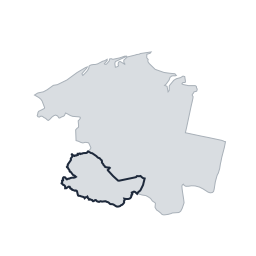 where Haut-Ogooué sits in Gabon, rotated 102°
{"feature_id": "GAB-2627", "entity_name": "Haut-Ogooué", "entity_type": "Province", "adm_level": 1, "iso_a3": "GAB", "parent_name": "Gabon", "parent_adm1": "", "projection": "natural_earth1", "projection_center": [13.705, -1.23], "detail": "fine", "context": "in_parent", "style": "outline", "palette": "slate", "viewbox_px": 256, "rotation_deg": 102, "n_neighbors": 0, "source": "natural_earth", "source_scale": "10m", "svg_char_len": 7489}
<svg xmlns="http://www.w3.org/2000/svg" viewBox="0 0 256 256"><g transform="rotate(102 128 128)"><path d="M174.3,34.1L174.1,36.3L172.0,41.8L170.9,45.9L170.7,50.4L171.3,53.9L172.3,56.5L173.0,59.3L172.5,61.2L171.4,62.0L172.2,63.0L173.7,63.2L176.4,62.4L180.5,60.9L186.0,58.8L189.5,57.6L195.4,58.3L198.5,59.2L200.1,60.7L201.9,67.0L202.7,68.0L204.1,70.7L205.3,74.0L205.6,75.6L205.4,76.8L204.2,78.6L202.9,81.2L202.4,82.7L201.3,83.9L199.9,85.1L196.0,85.5L195.4,86.2L194.3,89.0L192.2,91.3L191.3,93.5L190.4,96.4L190.6,100.1L190.2,105.3L189.7,108.9L190.8,110.1L195.5,111.0L196.4,111.7L197.6,113.9L199.2,116.0L203.5,117.3L205.2,118.9L206.5,120.6L206.7,122.0L205.7,127.7L204.8,133.2L205.2,137.4L205.5,141.4L206.0,147.2L205.8,150.7L204.6,152.9L204.6,154.6L205.1,156.6L204.1,162.2L203.4,163.2L201.5,164.2L200.4,165.8L200.1,168.1L199.1,171.4L198.0,172.6L198.0,174.1L199.0,175.2L199.0,176.9L197.1,178.9L196.0,180.5L193.4,181.2L190.5,180.4L189.8,179.3L190.5,177.6L190.2,176.2L189.2,174.7L187.7,170.9L186.3,170.1L185.5,171.6L183.1,174.5L178.9,178.2L176.0,178.5L170.6,177.4L166.0,175.6L163.9,171.3L162.5,167.7L160.6,163.6L158.4,161.6L156.1,160.3L155.0,160.2L151.7,162.6L150.7,163.5L150.7,165.4L151.0,167.2L151.6,168.1L152.0,169.3L151.9,171.1L151.3,173.5L151.1,176.2L140.7,178.8L138.9,177.8L137.6,176.6L136.0,176.8L131.4,178.2L129.8,177.2L128.1,176.6L127.4,177.1L127.3,178.3L128.1,184.5L127.8,186.9L126.8,190.1L126.3,192.2L129.1,192.8L130.1,193.8L131.0,195.3L132.4,196.8L132.5,197.7L130.9,199.3L130.4,201.4L131.2,202.9L133.0,204.6L135.8,206.3L137.1,207.4L137.0,208.4L135.7,210.6L135.2,212.5L134.4,214.1L134.5,215.7L135.8,217.1L135.7,218.4L134.8,219.4L133.1,219.2L131.7,219.3L130.3,218.9L126.3,213.9L125.4,213.8L119.5,217.6L118.0,219.2L116.8,221.4L115.2,226.3L112.5,223.5L110.2,218.3L107.5,215.1L101.8,209.9L100.3,206.1L93.8,197.8L84.4,189.4L77.7,182.1L76.7,180.5L77.8,180.7L84.3,184.3L85.2,183.9L86.0,183.1L83.1,181.2L80.5,179.7L77.9,178.8L75.4,178.9L74.0,177.3L73.1,175.0L72.6,173.0L71.5,170.9L67.9,166.6L67.1,164.9L65.1,162.7L66.3,162.4L70.1,164.5L70.5,163.7L70.1,162.4L66.3,160.3L64.2,160.2L63.7,158.7L64.0,157.1L61.2,150.8L58.4,146.1L57.9,143.9L65.6,154.1L66.7,154.3L68.0,154.2L71.2,153.0L70.6,151.7L69.2,150.2L67.8,150.9L66.0,151.0L65.0,150.4L64.6,149.3L66.4,144.4L65.6,144.6L65.0,145.5L64.0,145.9L62.5,146.2L58.7,143.5L55.3,136.4L54.4,134.9L53.5,132.4L52.6,131.4L48.8,121.2L50.3,121.9L52.0,124.9L55.4,124.3L56.8,122.5L57.9,122.6L59.1,122.2L60.6,120.6L65.0,113.6L66.2,104.3L65.8,98.8L65.2,93.4L66.6,91.6L67.2,92.8L67.5,94.7L68.1,96.1L69.7,97.4L72.6,97.8L77.1,99.8L78.7,101.1L79.1,98.5L84.3,96.3L82.7,95.5L78.1,96.4L71.8,93.1L69.8,91.0L67.8,87.1L65.8,85.0L65.9,83.2L70.4,81.5L71.6,81.6L72.1,83.7L73.3,84.5L73.8,84.2L74.0,82.5L74.0,77.8L72.6,71.1L73.1,69.8L74.3,69.4L75.4,68.5L76.2,68.3L77.7,68.5L78.5,70.0L78.9,70.9L80.4,71.3L81.7,72.1L82.8,71.9L83.7,70.9L85.0,70.7L89.1,70.7L92.9,70.8L100.3,70.8L107.7,70.8L115.1,70.8L120.7,70.9L120.7,67.0L120.7,61.1L120.7,54.1L120.6,47.5L120.6,41.3L120.6,33.9L120.9,31.8L121.2,31.0L121.1,29.8L126.9,29.7L137.3,30.2L141.8,30.1L143.1,30.2L148.8,29.9L153.4,30.3L155.3,30.9L157.1,31.1L162.6,31.4L169.8,31.0L172.3,31.1L173.6,32.1L174.3,34.1Z" fill="#d9dde1" stroke="#a8b0b8" stroke-width="1"/><path d="M190.5,105.4L189.3,107.3L189.0,108.1L189.0,109.0L190.2,110.7L190.4,110.9L190.6,110.8L190.9,110.7L191.0,110.5L191.1,110.3L191.2,110.1L191.4,110.0L192.4,110.1L192.7,110.3L192.9,110.5L193.1,110.8L194.1,110.5L195.2,110.7L196.2,111.2L196.9,112.0L197.4,113.1L197.7,114.4L197.9,115.7L197.9,116.9L198.4,116.6L198.8,116.4L199.3,116.4L199.8,116.6L200.3,116.8L200.7,116.6L201.1,116.4L201.6,116.3L202.3,116.5L203.4,117.1L204.3,117.7L204.9,118.7L206.0,119.5L206.3,120.0L207.0,121.5L207.2,122.4L207.0,123.5L205.9,126.2L205.8,127.0L205.8,127.8L206.0,128.6L206.1,129.5L205.8,130.2L205.3,130.8L204.9,131.6L204.7,132.3L204.6,133.7L204.3,134.4L204.3,134.8L205.1,137.3L205.4,138.0L205.4,138.4L205.4,138.6L205.3,139.2L205.3,139.5L205.5,139.8L205.6,140.0L206.0,140.5L206.3,140.9L206.3,141.2L206.3,142.2L206.2,142.9L206.1,143.2L205.9,143.5L205.7,143.8L205.5,144.0L205.3,144.2L205.2,144.6L205.4,145.2L205.8,145.6L206.7,146.4L206.9,147.0L206.7,147.4L206.4,147.7L206.0,148.0L205.9,148.3L205.9,149.1L205.6,150.0L205.9,150.4L206.2,151.0L206.2,151.4L205.3,151.6L205.2,151.9L205.0,152.3L204.9,152.6L204.6,152.8L204.3,153.0L203.8,153.2L203.5,153.5L204.3,154.0L204.6,155.3L205.1,155.5L205.6,155.6L205.8,155.8L205.2,156.2L204.9,156.7L204.7,157.4L204.6,159.9L204.4,160.7L204.4,161.0L204.6,162.3L204.4,162.8L203.7,163.2L203.6,163.3L200.5,164.7L200.3,164.9L200.1,165.2L200.1,165.4L200.1,165.8L199.9,166.1L200.0,166.3L200.1,166.5L200.3,166.6L200.4,166.9L200.4,167.2L200.2,167.9L200.1,169.5L200.0,170.0L199.8,170.2L199.3,170.4L199.2,170.5L199.1,170.8L199.3,171.4L199.3,171.6L198.9,172.1L198.0,172.5L197.6,172.8L197.7,173.9L199.8,175.9L200.0,176.9L199.9,176.9L198.6,177.2L198.3,177.4L198.0,177.5L197.5,178.1L197.3,178.3L197.2,178.6L197.2,179.5L197.0,179.8L196.7,180.0L196.5,180.3L196.3,180.8L196.2,181.2L196.0,181.5L195.8,181.5L195.5,181.4L195.1,181.1L194.8,181.1L194.6,181.1L193.4,181.6L193.2,181.6L193.0,181.4L192.9,180.8L192.7,180.6L192.4,180.6L192.1,180.7L191.7,181.1L191.1,181.2L190.4,181.2L189.8,180.9L189.4,180.5L189.4,180.3L189.4,179.1L189.6,178.8L190.2,178.5L190.6,177.5L190.9,177.3L191.0,177.1L190.6,176.5L190.4,176.3L190.1,176.1L189.9,175.9L189.8,175.0L189.6,174.7L189.1,174.1L188.7,173.5L188.1,172.1L187.9,170.7L187.6,170.1L187.3,169.5L186.9,169.1L186.6,168.8L186.5,169.0L185.9,169.9L185.6,170.6L185.6,170.9L185.5,171.5L185.4,171.9L185.2,172.2L183.1,174.6L182.9,174.9L182.9,175.6L182.7,175.8L182.5,176.1L181.8,176.3L181.5,176.5L181.2,176.8L180.8,177.3L180.6,177.6L179.7,178.3L179.4,178.6L179.3,178.9L179.2,179.2L179.1,179.5L178.8,179.7L178.6,179.6L178.4,179.2L178.2,179.2L177.9,179.3L177.7,179.3L177.1,179.2L176.6,179.3L176.1,179.3L171.3,177.2L171.1,177.2L170.8,177.2L170.2,177.6L169.9,177.6L169.4,177.5L167.6,176.6L166.9,176.4L166.6,176.5L166.1,177.1L165.8,177.5L165.4,177.5L165.3,177.3L165.5,177.0L165.8,176.7L166.0,176.2L166.1,175.9L166.1,175.7L166.2,175.4L166.3,175.1L166.5,174.8L166.5,174.5L166.3,174.4L166.2,174.4L166.0,174.2L165.9,173.9L165.8,173.1L165.5,172.7L165.0,171.8L164.8,171.5L164.1,171.9L163.7,171.9L163.6,171.3L163.6,171.0L163.5,170.8L163.1,170.4L163.0,170.2L163.2,169.7L163.3,169.6L163.4,169.4L163.4,169.2L162.9,169.0L162.8,168.9L162.8,168.7L162.8,167.8L162.6,167.6L162.2,167.1L162.1,166.9L161.8,166.2L161.2,163.9L160.9,163.2L160.4,162.8L159.3,162.4L159.2,162.3L159.2,162.0L159.6,160.9L159.8,160.0L160.2,159.0L160.2,158.7L160.1,158.1L160.1,157.8L162.1,153.0L162.6,152.3L162.8,152.0L162.9,151.7L163.1,151.4L163.3,151.0L163.4,150.6L163.4,149.7L163.5,149.4L163.8,149.0L164.0,148.7L164.3,148.4L164.5,148.2L164.7,147.9L164.9,147.3L165.1,147.0L165.9,146.5L166.2,146.5L166.3,146.5L166.5,146.5L167.0,146.4L167.3,146.2L167.5,146.0L167.8,145.7L168.2,145.1L168.4,144.8L168.7,144.6L169.1,144.4L169.3,144.2L169.8,143.3L170.0,143.0L170.3,142.8L170.6,142.7L170.8,142.3L170.9,141.7L170.9,140.4L170.8,139.2L170.6,138.0L170.6,137.8L170.8,137.5L172.8,138.7L173.3,139.1L173.5,139.0L173.6,138.9L178.1,132.6L181.5,126.8L181.5,126.3L181.3,125.5L174.5,110.1L174.3,109.8L174.0,109.6L173.7,109.6L173.2,109.3L173.1,108.8L173.0,108.5L173.0,107.8L172.7,106.5L172.6,106.3L172.4,106.1L172.3,105.8L172.5,105.5L173.2,104.4L173.9,102.8L173.9,101.2L179.1,101.4L180.1,101.4L180.5,101.4L186.0,102.8L186.5,103.0L187.1,103.4L188.5,104.6L190.5,105.4L190.5,105.4Z" fill="none" stroke="#1e293b" stroke-width="2"/></g></svg>